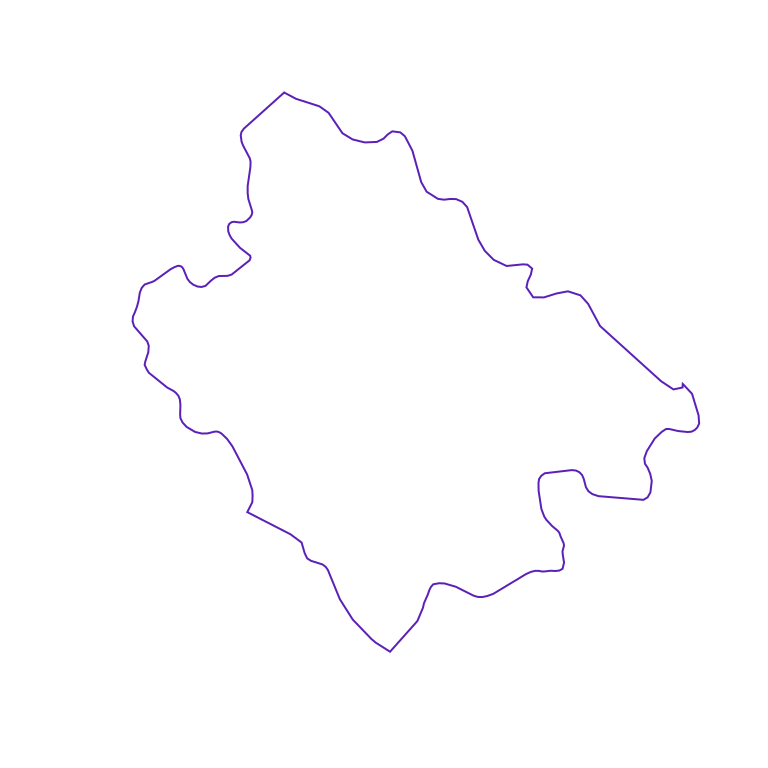 Lori, Natural Earth projection, rotated 41°
{"feature_id": "ARM-1674", "entity_name": "Lori", "entity_type": "Province", "adm_level": 1, "iso_a3": "ARM", "parent_name": "Armenia", "parent_adm1": "", "projection": "natural_earth1", "projection_center": [44.445, 40.946], "detail": "fine", "context": "isolated", "style": "outline", "palette": "violet", "viewbox_px": 768, "rotation_deg": 41, "n_neighbors": 0, "source": "natural_earth", "source_scale": "10m", "svg_char_len": 2841}
<svg xmlns="http://www.w3.org/2000/svg" viewBox="0 0 768 768"><g transform="rotate(41 384 384)"><path d="M591.3,200.1L606.0,198.2L611.6,190.8L609.4,187.9L609.5,187.9L622.9,189.3L642.0,201.3L647.8,207.1L649.0,211.4L648.7,214.9L647.3,218.3L644.7,221.0L636.9,226.5L628.8,230.8L626.4,232.9L625.0,237.9L624.1,247.5L626.4,262.2L629.1,269.2L633.3,273.0L637.9,274.2L643.9,277.2L649.7,281.5L656.2,291.1L657.3,296.6L655.8,301.2L619.5,327.9L613.5,330.4L608.6,330.8L604.1,329.4L596.9,324.5L593.1,322.7L589.2,322.4L585.6,323.4L582.2,325.8L563.9,345.9L562.9,350.2L563.4,354.0L565.5,357.3L570.8,363.2L584.8,375.1L592.1,379.0L595.8,380.0L604.0,380.9L611.7,380.8L613.7,381.2L615.6,382.2L617.3,383.2L624.0,386.3L625.9,387.9L628.4,393.0L630.5,395.2L637.0,400.6L640.0,406.3L638.7,409.8L635.9,412.8L632.4,415.5L627.7,420.6L625.9,422.1L623.5,423.4L620.8,425.7L618.2,429.3L615.9,434.2L604.1,470.8L601.0,476.3L597.9,480.4L594.4,483.2L590.4,485.0L571.2,489.9L560.6,494.8L556.4,498.1L552.6,502.8L552.5,506.2L553.4,509.7L555.1,513.9L558.0,523.2L560.2,527.3L564.7,541.0L564.2,582.1L547.7,584.6L541.8,584.7L515.0,582.3L491.9,575.4L463.7,561.2L460.1,560.3L456.0,560.5L445.0,565.3L440.4,566.0L435.1,563.7L425.8,557.7L411.9,558.8L364.9,570.4L362.1,559.5L358.1,554.5L354.2,550.5L340.1,542.1L310.5,530.5L301.6,528.4L293.9,528.0L291.2,528.5L289.2,529.4L287.4,531.1L283.2,537.1L279.0,540.9L272.9,544.1L263.1,545.9L257.2,545.2L252.7,543.3L249.9,540.5L244.3,533.6L240.1,529.6L236.6,527.8L232.7,527.2L230.0,527.3L222.7,528.9L199.2,529.8L195.4,528.6L190.8,526.6L189.1,523.6L185.3,514.7L181.4,509.5L177.4,507.2L157.5,504.4L153.2,501.7L150.3,497.8L148.9,493.2L146.9,487.8L144.3,482.5L139.7,475.1L138.1,470.4L138.1,465.9L142.3,458.6L143.1,456.7L147.6,437.5L149.0,433.7L150.7,430.4L151.3,429.7L152.2,429.0L153.6,428.4L155.3,428.3L157.5,429.0L166.6,433.6L170.5,434.4L174.8,434.2L179.3,432.8L182.6,430.5L184.9,427.1L185.6,419.6L186.5,414.8L188.5,410.9L195.0,405.0L197.2,401.4L201.4,378.8L200.4,376.2L198.8,375.0L186.0,375.7L173.4,374.2L169.6,372.8L166.2,370.9L163.0,367.4L162.2,364.6L162.8,361.9L164.3,360.0L169.2,356.7L171.4,354.5L173.2,351.4L173.7,346.1L173.2,343.2L172.0,340.9L170.5,339.7L160.3,333.4L155.9,329.4L151.2,324.0L140.9,308.0L137.4,303.7L134.6,301.7L121.5,296.6L117.6,294.6L112.7,290.3L111.1,287.3L110.7,283.2L117.3,230.5L117.4,229.5L117.6,229.5L130.5,226.5L153.1,216.8L164.3,215.7L188.1,222.0L199.9,220.0L211.0,214.3L219.8,206.0L222.7,199.1L223.1,193.1L224.5,187.9L231.2,183.4L237.2,183.3L252.4,189.3L279.6,207.2L290.0,210.9L303.2,208.9L308.4,205.5L312.4,201.1L317.0,197.2L323.6,195.1L330.6,195.9L360.5,213.2L372.8,217.4L385.4,218.3L399.1,214.5L410.4,202.5L414.0,199.8L420.1,199.7L423.0,205.0L425.1,212.2L428.1,217.6L439.7,220.7L447.9,213.7L454.8,202.5L462.0,193.4L474.1,188.2L485.5,189.6L509.0,198.5L591.3,200.1Z" fill="none" stroke="#5b21b6" stroke-width="2"/></g></svg>